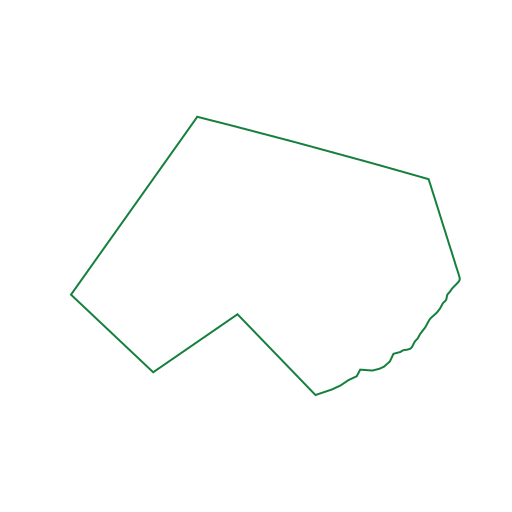 outline of Tindouf, rotated 162°
{"feature_id": "DZA-2150", "entity_name": "Tindouf", "entity_type": "Province", "adm_level": 1, "iso_a3": "DZA", "parent_name": "Algeria", "parent_adm1": "", "projection": "albers", "projection_center": [-7.582, 27.544], "detail": "fine", "context": "isolated", "style": "outline", "palette": "green", "viewbox_px": 512, "rotation_deg": 162, "n_neighbors": 0, "source": "natural_earth", "source_scale": "10m", "svg_char_len": 1138}
<svg xmlns="http://www.w3.org/2000/svg" viewBox="0 0 512 512"><g transform="rotate(162 256 256)"><path d="M268.9,406.6L259.3,400.5L248.0,393.4L236.7,386.2L225.4,379.0L212.2,370.5L198.9,362.0L185.7,353.5L172.5,344.9L159.4,336.3L146.3,327.7L133.2,319.1L120.1,310.5L107.0,301.8L94.0,293.1L81.0,284.4L68.1,275.7L68.1,268.7L68.2,261.7L68.2,254.8L68.3,247.8L68.3,243.4L68.4,238.9L68.4,234.5L68.5,230.0L68.5,225.6L68.5,221.2L68.6,216.7L68.6,212.3L68.7,207.8L68.7,203.4L68.7,199.0L68.8,194.5L68.8,190.1L68.9,185.6L68.9,181.2L68.9,176.8L69.0,173.4L69.2,171.4L70.0,170.0L71.2,168.9L79.5,164.5L82.5,162.2L85.4,160.5L86.3,159.7L88.5,155.8L89.5,155.0L91.8,153.9L92.9,153.3L97.2,149.2L101.6,146.2L108.9,143.0L111.1,141.5L117.0,135.9L123.9,131.2L127.8,127.5L130.9,125.9L131.9,125.1L135.9,121.1L138.1,120.1L141.1,120.2L143.9,120.7L145.4,120.8L146.8,120.6L148.2,120.1L155.5,120.5L161.3,114.3L168.5,111.2L173.5,110.6L180.7,111.1L192.0,115.7L197.4,110.5L206.4,109.4L215.8,106.7L220.3,106.2L224.8,105.6L234.3,105.5L242.4,105.4L291.6,206.3L389.7,177.2L443.9,276.4L269.8,405.8L268.9,406.6L268.9,406.6Z" fill="none" stroke="#15803d" stroke-width="2"/></g></svg>